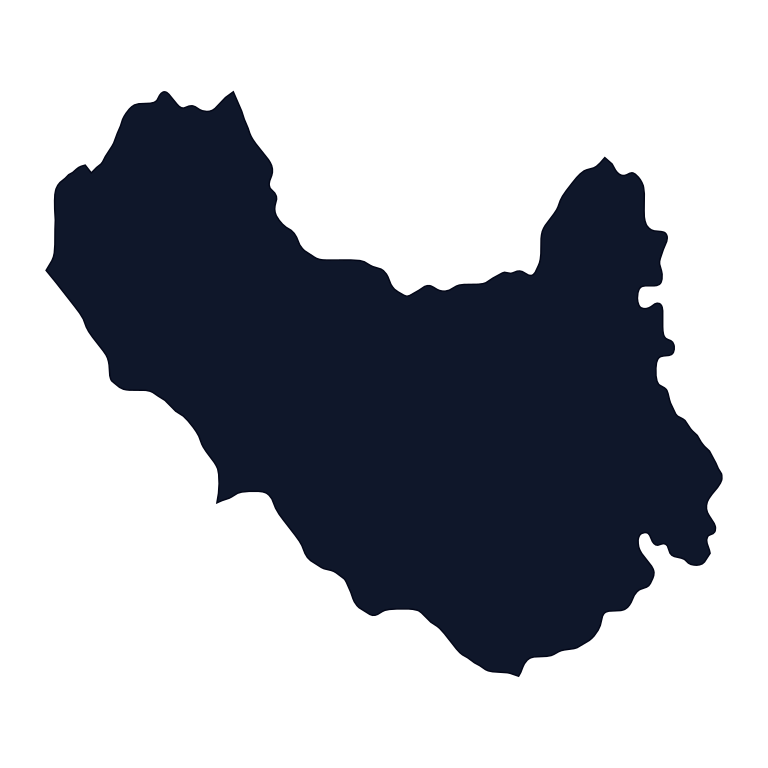 outline of Yamasá, Monte Plata, Dominican Republic
{"feature_id": "3306468B37411515289314", "entity_name": "Yamasá", "entity_type": "district", "adm_level": 2, "iso_a3": "DOM", "parent_name": "Dominican Republic", "parent_adm1": "Monte Plata", "projection": "equal_earth", "projection_center": [-70.05, 18.766], "detail": "fine", "context": "isolated", "style": "filled", "palette": "ink", "viewbox_px": 768, "rotation_deg": 0, "n_neighbors": 0, "source": "geoboundaries", "source_scale": "gbopen_adm2", "svg_char_len": 6091}
<svg xmlns="http://www.w3.org/2000/svg" viewBox="0 0 768 768"><path d="M55.3,220.1L55.0,229.3L54.9,244.5L54.3,253.0L53.4,257.0L51.9,260.7L46.1,270.4L56.2,282.8L74.5,306.2L79.7,313.1L83.3,319.0L86.3,327.1L88.7,331.6L92.6,337.2L103.1,350.7L106.0,354.9L107.5,358.0L108.5,361.5L109.1,365.0L109.8,375.6L110.6,378.7L111.2,380.1L112.1,381.3L119.5,387.3L123.4,389.2L126.3,389.8L129.2,390.1L145.8,390.3L150.1,391.2L152.8,392.4L158.6,396.4L164.9,400.3L175.7,411.2L183.2,416.0L187.8,420.6L193.2,427.3L196.2,431.6L198.8,436.1L201.8,444.2L203.4,447.3L206.2,451.6L214.4,462.6L216.2,465.6L217.7,468.8L218.7,474.2L219.1,483.7L218.5,493.3L216.9,502.8L222.2,500.5L229.1,498.2L231.6,496.9L237.6,493.2L241.8,492.0L249.3,491.3L258.3,491.3L262.7,491.8L265.5,492.7L266.9,493.4L269.1,495.2L271.9,498.9L275.6,508.2L279.1,514.2L283.3,519.9L295.2,535.3L299.3,541.0L301.9,545.5L305.0,553.4L307.4,557.4L310.6,560.6L321.4,567.5L324.0,568.7L331.1,570.4L333.8,571.4L336.2,572.8L344.0,578.7L344.9,579.7L346.4,582.3L350.8,592.3L353.0,598.7L354.3,601.7L357.0,605.6L359.1,607.7L369.8,614.4L372.4,615.3L375.2,615.2L377.7,614.3L382.3,611.5L384.9,610.3L389.4,609.4L397.2,608.9L408.3,608.9L412.9,609.3L417.5,610.3L418.9,610.9L421.5,612.8L430.9,622.2L437.2,626.3L439.7,628.4L444.3,633.5L456.4,648.9L459.9,652.7L462.5,654.8L467.6,657.7L474.5,662.8L479.7,665.6L485.5,669.6L488.2,670.8L492.5,671.7L507.4,672.7L510.2,673.3L518.6,676.2L520.7,672.5L523.0,666.6L524.4,663.7L527.2,660.1L529.5,658.4L531.0,657.7L534.0,656.9L546.7,656.3L551.2,655.5L553.8,654.4L558.6,651.7L561.3,650.6L564.4,649.9L573.9,648.6L577.0,647.7L589.3,640.4L591.8,638.3L594.1,635.9L598.1,630.2L600.3,625.4L602.5,616.1L603.9,613.6L605.0,612.6L606.2,611.9L608.9,611.1L620.9,610.5L623.9,609.7L625.3,609.0L627.6,607.3L629.5,605.0L631.1,602.4L634.3,595.2L637.0,591.7L639.2,589.9L640.4,589.3L646.6,587.1L648.7,585.7L650.4,583.4L652.8,578.3L653.7,575.6L654.0,572.5L653.7,570.8L653.2,569.2L651.6,566.2L641.8,553.6L640.0,550.4L639.3,548.7L638.7,546.9L638.2,543.4L638.1,540.0L638.4,538.4L638.9,536.8L639.6,535.3L640.6,534.2L641.7,533.4L644.9,532.5L647.1,532.8L648.2,533.4L649.7,535.3L652.4,541.5L653.9,543.5L655.8,544.9L657.8,545.2L661.6,544.0L663.6,543.6L665.7,544.2L667.4,545.8L670.0,553.1L671.8,555.2L674.3,556.5L681.3,558.1L683.9,559.1L685.0,559.8L688.4,563.1L690.9,564.4L693.8,565.0L696.7,565.2L699.6,564.8L702.3,563.8L704.5,561.9L710.1,553.3L709.4,550.1L707.1,543.4L706.7,540.5L706.8,539.1L707.7,536.5L708.5,535.6L709.4,535.1L713.0,533.6L714.6,532.0L715.2,530.8L715.5,527.9L715.3,526.4L714.2,523.5L709.0,515.4L707.4,512.4L706.5,508.9L706.5,505.4L707.3,501.8L708.9,498.6L712.0,494.2L717.6,487.4L720.4,483.1L721.7,480.0L721.9,478.4L721.8,475.3L721.5,473.8L718.3,468.6L715.9,463.1L709.5,451.1L704.5,446.4L702.7,444.2L701.0,441.9L697.3,435.5L692.3,430.8L690.5,428.7L685.0,420.5L683.0,419.0L677.5,416.1L675.7,414.0L670.5,403.0L669.5,399.8L668.0,393.5L667.0,390.7L666.3,389.5L664.5,387.9L659.4,385.0L658.5,384.1L657.0,381.2L656.0,375.8L655.9,368.2L656.5,362.7L657.7,359.4L658.6,358.1L659.7,357.1L661.0,356.5L663.7,355.9L669.0,355.4L671.5,354.5L672.6,353.5L673.4,352.3L674.2,349.4L674.2,346.3L673.9,344.9L672.7,342.3L670.8,340.7L667.8,339.5L665.8,338.4L664.9,337.4L664.1,336.1L663.5,334.5L662.9,330.9L662.7,326.9L662.7,310.8L662.2,307.4L661.6,305.8L660.6,304.4L659.5,303.6L657.2,303.2L654.9,303.9L651.0,306.7L648.7,307.9L646.2,308.6L643.6,308.6L641.1,307.8L639.9,306.8L638.9,305.3L637.8,301.9L637.4,298.2L637.9,292.8L639.0,289.4L640.0,288.0L641.2,286.9L642.5,286.3L645.3,285.8L654.0,285.8L656.7,285.5L659.3,284.4L660.4,283.4L661.2,282.0L662.0,279.0L662.1,274.1L661.5,270.9L659.6,264.1L659.6,261.3L660.3,258.4L663.3,249.5L666.7,241.4L667.2,238.4L667.2,236.9L666.8,235.4L666.1,234.0L665.1,232.9L663.9,232.2L661.3,231.6L654.2,230.9L651.3,229.9L649.0,228.2L647.0,225.9L646.2,224.5L645.0,221.0L644.3,217.0L644.1,210.8L644.3,193.8L643.6,187.6L643.2,185.6L641.9,182.5L640.3,179.7L638.4,177.2L635.3,174.2L633.1,173.0L631.9,172.8L629.7,173.3L626.7,174.8L624.4,175.5L621.8,175.4L619.4,174.3L617.3,172.5L615.5,170.2L612.1,164.0L604.8,157.6L600.1,163.0L596.4,166.4L593.7,167.9L586.8,169.8L584.1,170.9L580.2,173.9L576.6,177.6L572.3,182.9L566.2,190.8L562.5,196.2L560.3,200.5L558.0,206.9L556.6,209.8L553.9,213.9L545.2,225.5L543.6,228.3L542.3,231.4L541.5,235.0L541.1,238.7L540.9,253.9L540.3,259.4L539.5,262.8L538.3,265.8L535.2,272.4L533.4,274.5L532.3,275.2L531.1,275.5L528.6,275.2L522.3,271.6L519.7,271.0L517.1,271.2L512.7,272.9L510.7,273.4L504.5,272.3L502.3,273.0L492.9,278.1L485.8,282.8L482.9,283.7L478.2,284.3L464.0,284.5L459.3,285.1L456.4,286.1L449.3,290.2L445.1,291.2L442.3,291.1L439.5,290.5L437.0,289.4L433.6,287.3L431.2,286.1L429.9,285.7L427.2,285.7L424.6,286.5L418.9,290.3L409.6,295.6L407.3,296.2L406.1,296.1L403.8,295.2L398.1,291.9L394.5,289.3L392.6,287.0L390.9,284.4L387.9,276.8L386.4,274.1L383.4,270.7L381.0,269.1L372.8,266.6L370.3,265.4L364.3,261.8L359.9,260.6L350.6,260.0L327.1,260.1L322.5,259.9L319.5,259.4L316.5,258.4L314.1,257.0L304.5,250.7L302.4,248.6L299.7,244.9L296.6,237.3L294.2,233.4L291.1,230.3L286.1,227.3L282.4,224.1L279.1,220.2L276.3,215.8L275.1,212.4L274.7,209.0L275.0,205.7L276.6,199.2L276.4,196.5L275.9,195.3L274.7,193.0L270.6,188.8L269.9,187.8L269.2,185.1L269.2,183.6L269.7,180.8L271.7,175.5L272.4,172.4L272.4,168.9L271.6,165.5L270.2,162.5L268.4,159.6L255.7,143.6L252.8,139.4L251.1,136.4L249.7,133.2L248.1,128.3L244.3,119.3L241.7,111.2L233.3,91.8L225.5,97.5L215.0,108.5L212.4,110.3L209.5,111.3L206.7,111.5L202.4,110.8L199.8,109.7L195.3,106.8L192.8,105.9L191.6,105.8L189.0,106.1L183.7,108.1L181.4,107.8L179.1,106.4L177.0,104.2L168.9,94.3L166.8,92.5L165.6,92.0L164.3,91.8L163.2,92.0L161.2,93.3L159.6,95.3L157.2,99.9L156.4,100.9L154.2,102.4L150.3,103.3L138.7,103.8L134.4,105.0L131.7,106.8L129.3,109.1L126.1,113.2L124.2,116.2L122.6,119.4L120.5,126.0L117.3,133.4L113.7,143.1L112.0,146.2L105.4,156.4L102.6,161.9L100.9,164.1L96.6,167.5L91.3,172.9L85.2,165.1L81.1,166.3L78.6,167.5L76.4,169.2L72.7,172.5L68.7,174.7L65.3,178.2L60.0,182.5L57.8,185.3L56.1,188.8L55.6,190.6L54.9,194.5L54.6,200.6L54.7,209.0L55.3,220.1Z" fill="#0f172a" stroke="#020617" stroke-width="1.5"/></svg>